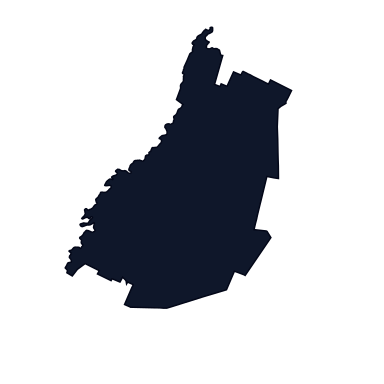 outline of Sanmihaiu Roman, Timis, Romania, rotated 309°
{"feature_id": "2599482B8747692698997", "entity_name": "Sanmihaiu Roman", "entity_type": "district", "adm_level": 2, "iso_a3": "ROU", "parent_name": "Romania", "parent_adm1": "Timis", "projection": "robinson", "projection_center": [21.074, 45.699], "detail": "fine", "context": "isolated", "style": "filled", "palette": "ink", "viewbox_px": 384, "rotation_deg": 309, "n_neighbors": 0, "source": "geoboundaries", "source_scale": "gbopen_adm2", "svg_char_len": 6011}
<svg xmlns="http://www.w3.org/2000/svg" viewBox="0 0 384 384"><g transform="rotate(309 192 192)"><path d="M256.9,250.7L266.6,242.7L271.3,238.6L277.2,233.6L287.1,225.3L296.4,217.2L310.8,206.5L311.5,206.5L312.5,206.8L314.4,207.1L318.6,208.7L320.1,209.2L321.2,208.1L325.6,207.3L333.5,205.5L328.5,182.5L324.0,183.5L323.3,180.7L322.5,176.7L320.2,166.8L319.7,163.6L318.9,160.8L318.8,159.8L317.9,155.9L317.6,155.7L316.8,155.7L313.7,156.4L311.5,148.7L296.2,152.7L294.4,146.6L291.6,147.4L289.8,141.8L317.4,130.0L316.7,128.8L316.7,128.2L316.8,127.8L317.3,127.0L319.4,124.2L319.5,123.9L319.3,123.0L319.1,121.2L318.4,120.1L318.1,120.0L317.0,118.6L316.9,118.3L316.9,117.3L316.7,116.9L316.2,116.5L315.3,116.2L314.4,115.7L313.3,114.3L313.1,113.9L313.1,113.4L313.1,112.6L313.3,112.3L313.8,111.8L314.4,111.6L315.3,111.0L316.9,111.1L317.9,110.9L318.6,111.2L319.1,111.1L319.3,110.9L319.4,110.6L318.9,109.5L318.9,106.8L319.0,106.5L319.3,106.0L320.5,104.9L322.0,104.7L323.2,105.0L324.2,104.8L324.5,104.9L327.4,106.3L329.3,106.9L330.5,106.4L332.6,104.7L332.7,104.4L332.7,104.1L332.4,103.6L332.1,103.2L331.2,102.7L330.5,103.3L329.8,103.5L328.7,103.5L328.0,103.2L327.6,102.5L327.0,100.2L326.2,100.2L325.3,99.9L324.3,99.9L322.6,99.9L321.5,100.1L320.8,100.1L317.5,98.7L316.6,98.5L315.4,98.5L314.2,99.2L313.6,99.3L312.2,99.0L311.2,98.5L310.4,98.2L308.6,98.2L308.1,98.3L307.6,98.6L307.4,99.3L307.3,99.7L307.7,100.7L307.6,101.1L305.4,101.5L303.2,102.6L302.5,103.0L301.7,104.2L300.7,104.0L298.4,103.4L298.0,103.4L291.3,105.4L283.9,107.3L283.7,107.7L282.9,108.2L281.7,108.4L280.5,109.1L279.0,109.4L278.5,109.7L278.3,110.1L278.5,111.6L278.5,112.1L278.1,112.3L276.5,112.5L276.1,113.0L273.4,115.0L273.2,115.3L273.0,115.5L271.9,115.7L268.9,115.6L268.1,115.8L267.6,116.0L266.9,116.5L265.7,117.7L264.9,118.1L254.0,121.8L254.4,130.0L253.5,129.8L251.7,130.5L250.7,130.5L249.2,130.1L248.2,129.6L247.7,129.5L246.7,129.7L243.5,130.8L241.8,130.9L239.5,130.3L239.0,130.4L238.6,130.7L238.2,131.1L237.7,132.0L237.3,132.4L235.3,133.0L234.6,133.7L234.0,133.9L232.7,133.5L231.5,133.1L231.1,132.7L230.7,132.3L230.6,131.4L229.9,130.5L228.9,129.7L227.5,129.2L226.4,129.4L225.2,130.2L225.0,130.8L224.9,131.6L223.6,134.2L222.8,135.0L222.0,135.7L220.8,136.1L220.4,136.0L219.2,135.2L217.0,133.3L213.8,132.6L213.2,132.7L212.9,132.9L212.9,133.0L213.2,133.7L213.4,134.5L213.4,134.8L213.1,135.6L212.0,136.6L210.8,137.0L208.9,136.8L205.1,136.8L204.5,136.4L202.3,134.2L201.8,133.5L201.4,133.2L199.5,133.6L198.2,134.2L196.9,134.0L195.6,133.7L195.1,134.1L194.6,134.7L193.9,135.0L193.6,135.0L192.2,133.6L190.8,133.2L188.1,134.7L186.8,134.8L185.2,134.5L185.0,134.4L184.7,134.0L184.4,132.9L183.7,131.1L182.8,130.4L182.3,129.6L181.5,129.0L180.9,128.2L180.3,127.8L179.7,127.6L178.4,127.7L178.3,128.0L177.8,128.1L175.5,127.4L174.3,127.3L173.2,127.5L172.6,127.9L170.5,128.4L169.6,128.9L169.3,129.3L169.1,129.9L169.6,131.4L169.5,132.0L169.2,132.3L168.7,132.5L167.8,132.3L167.5,132.1L166.7,130.8L166.7,130.0L166.8,128.7L166.8,127.4L166.3,126.3L165.1,125.3L164.3,123.9L164.1,123.5L163.9,122.4L163.9,121.7L163.6,120.9L163.0,120.2L162.9,119.9L160.8,119.4L160.4,119.4L160.1,119.5L159.9,119.8L159.8,120.3L159.9,121.6L159.8,121.9L159.4,122.3L158.5,122.5L157.6,122.4L156.3,121.6L154.8,120.6L153.5,120.2L153.0,120.2L152.9,120.3L152.7,120.8L152.5,122.3L152.1,122.6L151.7,122.5L151.5,122.2L150.9,120.7L150.5,120.1L149.9,119.8L149.6,119.7L147.3,119.2L146.1,119.1L143.0,119.7L142.3,119.9L142.2,120.0L142.3,120.5L143.0,121.5L145.4,123.9L145.8,124.6L145.7,125.0L145.4,125.8L144.8,126.3L144.2,126.4L143.2,126.3L141.9,126.0L140.6,126.1L139.0,125.7L138.3,125.7L137.6,125.2L136.7,124.3L136.1,123.6L135.5,122.5L134.5,121.4L134.3,121.3L133.4,121.5L132.1,122.0L131.2,121.8L129.3,122.2L128.5,122.2L127.7,122.1L126.7,121.8L125.5,122.0L125.3,122.2L124.7,123.0L123.9,124.0L123.9,124.7L123.7,125.2L123.4,125.4L122.9,125.5L122.4,125.5L120.6,124.7L119.8,124.7L117.1,124.9L115.0,124.2L113.9,123.4L112.4,122.7L112.3,122.4L112.5,121.4L112.6,120.6L112.3,120.1L111.8,119.8L110.8,119.7L110.4,119.8L109.8,120.7L109.0,121.5L108.6,122.1L107.9,122.8L107.6,122.9L106.0,123.2L105.0,123.2L103.0,122.9L102.0,123.1L102.1,123.8L102.5,124.2L105.0,125.3L106.5,126.5L106.6,126.9L106.5,127.5L106.5,128.3L106.6,128.8L106.7,129.0L107.4,129.2L108.9,129.1L109.4,129.2L109.8,129.9L109.8,130.3L109.6,130.7L109.3,130.8L108.5,130.9L105.7,130.5L102.8,130.8L102.2,130.7L101.9,130.4L100.8,129.1L99.8,127.3L96.9,125.4L96.2,125.5L95.9,126.0L95.7,126.5L95.6,127.5L95.9,128.3L96.1,128.6L97.3,129.4L98.9,130.3L100.0,131.0L100.8,131.7L101.3,132.5L102.4,133.5L104.5,134.4L106.3,134.9L106.5,135.2L106.5,135.6L106.3,135.8L103.3,137.3L102.4,137.9L102.0,138.7L101.5,140.3L101.0,140.9L100.5,141.0L99.9,141.0L98.9,140.4L98.0,140.1L97.8,139.7L96.8,135.9L96.0,134.4L95.7,134.1L94.8,133.9L93.1,133.9L92.7,133.7L90.5,134.2L88.6,134.1L87.6,133.9L86.4,133.4L85.8,133.5L85.6,133.6L85.3,134.1L85.3,135.7L85.2,136.2L84.9,136.6L83.2,137.6L82.7,138.1L82.4,138.9L82.3,139.2L82.4,140.0L82.2,140.4L81.3,140.9L79.9,140.8L78.3,141.1L78.0,140.9L77.8,140.5L77.8,140.3L77.9,139.6L77.9,139.1L77.8,138.8L75.6,135.9L75.4,135.7L74.5,135.2L73.9,135.1L71.2,135.0L70.5,134.6L69.7,133.9L68.9,133.6L68.7,133.6L68.5,134.5L68.6,135.6L68.6,136.2L68.4,136.5L68.0,136.7L67.2,137.0L66.8,137.2L65.4,137.1L64.7,137.4L64.1,137.8L63.9,138.0L63.8,138.6L63.4,140.4L63.3,140.7L62.0,142.1L61.3,142.1L61.0,141.9L59.5,140.6L59.1,140.4L58.5,140.2L55.5,140.9L53.6,141.1L53.2,141.3L53.1,141.5L53.0,143.4L52.8,144.1L52.5,144.6L52.1,144.9L50.5,145.6L51.4,151.8L59.7,151.6L69.1,154.0L72.5,169.4L68.8,170.1L72.2,184.9L74.3,184.5L76.7,192.7L82.1,191.7L81.9,194.2L81.7,196.0L81.2,197.0L79.4,199.0L81.5,198.7L83.0,204.5L82.7,204.8L79.5,205.5L62.1,210.4L63.7,216.1L63.7,216.6L78.8,236.2L81.5,239.6L84.0,243.2L85.9,245.5L89.7,248.1L117.6,266.6L137.7,280.3L157.1,274.8L158.4,278.4L160.5,284.8L160.6,285.8L206.2,282.0L208.6,275.1L208.4,274.2L201.8,263.9L207.5,261.1L211.3,259.4L214.8,257.6L226.8,251.9L227.1,251.8L251.2,240.4L254.6,246.8L256.9,250.7Z" fill="#0f172a" stroke="#020617" stroke-width="1.5"/></g></svg>